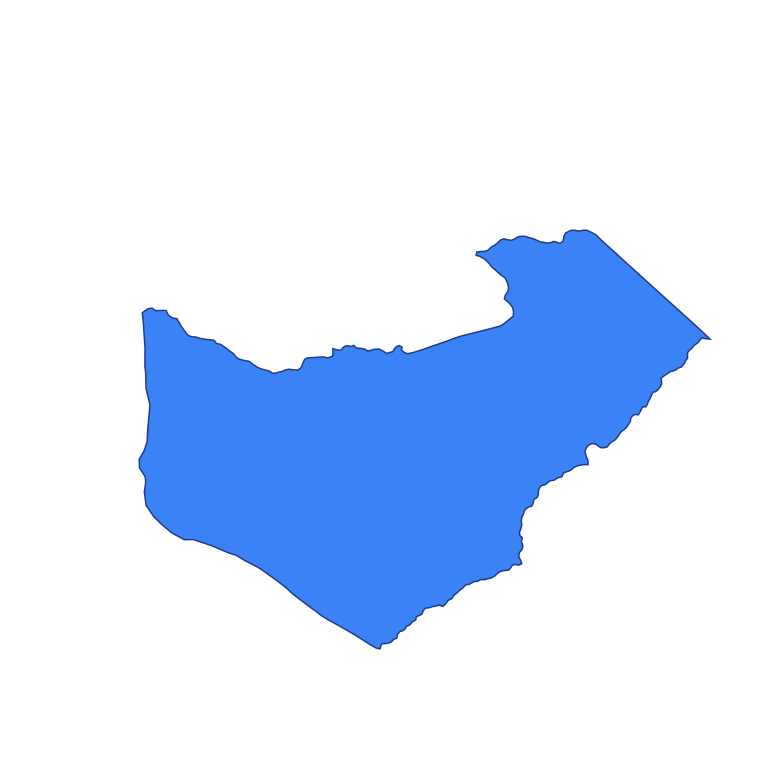 outline of Santa Fé do Araguaia, Tocantins, Brazil, rotated 306°
{"feature_id": "56859067B90506304051015", "entity_name": "Santa Fé do Araguaia", "entity_type": "district", "adm_level": 2, "iso_a3": "BRA", "parent_name": "Brazil", "parent_adm1": "Tocantins", "projection": "robinson", "projection_center": [-48.926, -7.045], "detail": "fine", "context": "isolated", "style": "filled", "palette": "blue", "viewbox_px": 768, "rotation_deg": 306, "n_neighbors": 0, "source": "geoboundaries", "source_scale": "gbopen_adm2", "svg_char_len": 4575}
<svg xmlns="http://www.w3.org/2000/svg" viewBox="0 0 768 768"><g transform="rotate(306 384 384)"><path d="M167.4,536.5L169.7,535.5L172.7,535.0L174.7,537.6L177.4,540.1L179.9,541.6L183.2,542.0L185.9,543.7L189.4,542.1L193.0,542.3L195.5,544.2L198.1,545.0L201.1,544.5L204.1,546.4L208.3,546.8L211.8,548.3L214.7,547.0L217.4,548.5L220.1,550.0L223.6,549.0L226.9,549.2L229.8,552.3L232.3,554.0L234.7,556.4L237.6,558.7L238.8,562.4L242.3,563.0L246.6,563.1L250.6,565.1L254.0,564.6L258.0,565.9L261.7,566.5L265.1,567.6L269.4,568.2L272.9,571.2L276.8,572.8L279.6,575.8L282.3,576.9L284.8,580.3L288.0,582.8L290.0,584.7L293.7,586.4L297.6,587.2L301.1,588.5L304.6,591.8L306.5,594.2L309.6,594.6L312.5,594.3L315.1,596.0L316.6,599.4L319.6,601.1L321.9,597.8L323.7,594.3L327.1,592.6L330.8,593.0L334.5,591.7L337.2,588.0L341.0,586.1L341.3,582.9L343.8,580.7L347.4,579.7L350.8,578.4L354.4,575.2L357.4,573.7L360.2,573.4L363.1,572.3L366.0,572.1L369.9,573.4L371.8,575.3L375.2,574.8L378.8,573.2L382.0,574.5L385.3,573.9L388.4,571.7L391.8,570.8L394.4,571.1L397.6,573.7L401.1,574.5L403.7,575.5L406.2,578.2L410.0,579.6L413.5,582.4L417.7,581.6L420.2,583.2L422.7,585.0L425.2,586.1L428.4,586.7L431.4,588.5L433.9,590.7L436.0,592.7L438.7,596.5L442.1,593.8L444.4,590.0L447.5,586.1L451.3,585.3L454.7,585.4L458.0,587.2L459.5,589.7L459.9,592.6L459.8,596.4L461.5,599.2L464.2,601.5L467.4,601.6L471.0,602.1L473.8,603.6L476.6,604.1L480.5,604.1L484.5,603.8L488.1,605.0L491.9,605.8L495.2,605.5L498.4,605.3L501.8,603.6L504.9,603.9L507.2,605.3L508.6,607.9L512.9,607.4L517.3,606.6L519.5,609.2L522.4,609.0L524.8,608.1L528.0,607.9L531.5,607.1L535.2,606.3L537.3,608.1L540.1,609.0L543.4,609.2L547.3,608.6L549.4,606.8L551.5,604.8L554.9,605.7L558.2,606.9L561.9,608.1L564.6,610.3L567.4,612.0L570.1,612.8L572.9,614.7L577.0,614.9L580.2,614.2L583.3,614.4L585.5,612.8L588.1,611.1L591.2,611.3L594.1,612.1L597.6,612.2L601.3,613.5L604.5,613.7L608.2,614.1L609.9,618.0L612.0,621.4L613.4,610.8L615.1,595.7L615.9,588.3L620.4,545.6L624.1,512.2L624.6,506.7L625.2,501.7L625.9,496.4L626.6,489.2L627.2,483.5L627.6,480.0L628.5,472.4L629.2,468.7L628.9,465.0L628.4,461.5L627.6,457.7L625.4,454.7L622.4,452.0L620.3,447.6L618.2,445.0L615.7,443.6L613.0,442.2L609.2,442.8L604.9,444.9L601.2,443.8L600.3,440.6L599.0,437.4L596.5,435.9L594.4,433.9L590.9,427.0L589.7,421.4L589.0,418.6L587.4,414.4L585.8,410.3L583.7,407.8L581.2,405.5L578.0,404.5L574.9,402.3L573.4,399.4L571.9,395.6L568.9,393.6L565.2,393.1L561.3,391.9L558.9,390.7L556.2,390.0L552.9,389.4L549.8,386.7L547.6,383.8L545.2,381.5L542.3,382.9L543.6,386.7L544.2,391.4L543.8,395.7L543.2,398.6L542.2,401.8L541.8,405.5L541.5,409.1L540.9,413.9L541.0,419.6L538.7,423.9L535.9,427.5L533.0,429.4L530.2,429.9L526.9,430.0L523.7,431.3L523.4,434.4L523.0,438.4L521.4,443.3L518.4,446.5L514.7,448.7L502.5,445.4L499.0,443.8L490.2,436.6L484.1,431.6L480.2,428.3L477.6,426.2L474.3,423.4L472.0,421.5L469.2,419.1L466.3,416.9L461.7,413.6L457.7,411.0L451.8,407.0L449.3,405.2L446.9,403.6L443.9,401.4L440.7,399.2L434.7,395.1L430.9,392.3L427.7,390.0L422.3,385.3L421.4,381.6L421.8,378.3L424.5,376.9L424.0,373.7L421.7,372.1L418.8,371.7L415.4,372.1L413.2,370.3L410.4,368.3L410.0,363.6L409.6,359.8L407.6,357.2L405.8,355.1L403.3,353.5L401.1,351.3L401.1,348.4L399.4,344.7L396.9,340.4L397.4,336.7L394.9,335.2L393.7,332.3L391.8,330.2L389.1,329.4L386.2,329.4L384.6,327.2L383.5,324.6L382.5,321.9L379.5,324.3L376.3,326.0L372.5,323.6L370.0,318.7L367.2,315.2L364.6,312.1L361.9,309.0L360.1,306.7L357.3,305.3L352.5,306.3L348.3,307.3L344.7,306.1L342.3,302.5L339.9,298.1L336.9,295.5L334.3,294.3L332.2,292.3L329.3,290.1L327.2,287.7L327.2,284.0L325.6,280.0L323.8,275.1L323.1,271.1L322.9,266.5L323.1,261.6L321.4,258.2L319.8,254.6L318.9,251.8L318.8,248.9L320.0,244.5L320.0,239.0L320.1,235.0L320.1,228.8L318.3,224.5L319.4,220.9L317.8,217.7L315.8,214.3L313.9,210.7L312.6,207.9L311.3,203.9L309.4,201.0L308.3,197.8L308.6,194.8L310.0,190.5L311.5,186.3L313.3,182.2L315.1,178.0L313.1,174.0L312.9,169.1L315.3,164.7L313.7,162.0L311.4,159.0L309.1,156.2L309.1,151.7L306.2,148.9L303.0,147.7L299.5,146.6L293.2,152.4L277.1,165.8L272.5,169.6L258.0,180.0L252.6,184.9L240.5,194.1L229.6,206.9L208.0,219.8L198.4,226.1L189.2,229.2L179.2,230.2L172.5,235.4L168.6,245.3L164.6,248.9L161.2,250.7L155.6,253.7L145.9,263.0L141.3,276.0L139.8,285.8L138.8,299.4L140.6,313.8L146.0,321.1L151.7,338.8L156.1,357.8L158.5,364.7L159.4,375.7L160.1,379.4L161.6,389.6L161.9,394.3L162.0,413.9L161.6,424.2L160.5,433.8L160.2,444.3L160.0,458.8L160.2,461.8L159.8,469.4L160.5,478.4L162.0,489.5L163.9,507.8L165.1,527.1L165.7,532.6L167.4,536.5Z" fill="#3b82f6" stroke="#1e3a8a" stroke-width="1.5"/></g></svg>